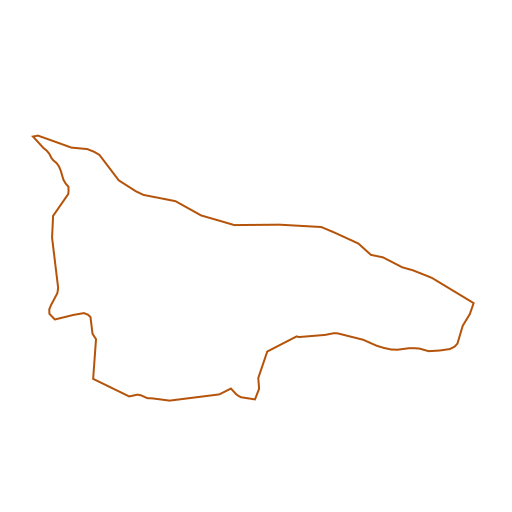 map outline of Quindío (Natural Earth projection), rotated 264°
{"feature_id": "COL-1400", "entity_name": "Quindío", "entity_type": "Department", "adm_level": 1, "iso_a3": "COL", "parent_name": "Colombia", "parent_adm1": "", "projection": "natural_earth1", "projection_center": [-75.678, 4.399], "detail": "fine", "context": "isolated", "style": "outline", "palette": "amber", "viewbox_px": 512, "rotation_deg": 264, "n_neighbors": 0, "source": "natural_earth", "source_scale": "10m", "svg_char_len": 1165}
<svg xmlns="http://www.w3.org/2000/svg" viewBox="0 0 512 512"><g transform="rotate(264 256 256)"><path d="M398.1,46.7L398.5,51.8L383.1,83.7L380.0,99.3L376.5,106.0L373.0,110.8L345.6,127.4L332.9,143.3L328.5,150.5L318.9,181.7L302.1,205.6L289.0,237.7L284.7,282.6L278.0,323.9L271.3,336.1L257.7,359.1L245.1,370.4L241.4,382.1L229.5,400.2L225.4,410.5L215.8,428.7L186.4,467.5L175.9,462.6L165.0,454.3L147.9,447.2L145.1,444.1L143.2,439.0L142.8,428.6L143.3,417.7L146.8,409.0L147.7,404.3L148.3,398.9L148.0,387.0L148.9,380.6L151.2,373.6L154.1,366.7L161.5,353.8L170.5,329.2L171.1,325.5L170.3,316.5L170.9,290.2L171.8,288.0L159.8,257.2L134.4,245.5L123.6,245.2L113.5,240.0L117.1,226.3L118.6,224.1L120.4,222.0L126.8,217.2L122.2,205.0L121.2,155.0L125.2,138.2L126.0,133.0L129.4,127.2L130.5,123.7L129.6,115.2L150.8,81.2L190.0,88.2L195.7,85.3L212.7,85.0L215.3,82.6L217.2,78.9L216.5,68.4L213.9,49.3L220.1,44.5L224.5,44.8L228.4,46.9L239.9,54.6L244.9,55.9L295.6,55.1L317.1,58.4L337.2,75.7L340.4,76.4L344.5,76.7L347.9,74.3L352.1,72.4L361.0,70.8L365.7,69.4L369.0,67.6L372.5,64.3L374.7,62.9L379.5,61.0L383.0,58.6L385.6,55.9L398.1,46.7Z" fill="none" stroke="#b45309" stroke-width="2"/></g></svg>